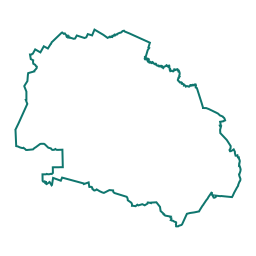 the district of Alsviķu pag., Aluksne, Latvia
{"feature_id": "27541924B42168726179868", "entity_name": "Alsviķu pag.", "entity_type": "district", "adm_level": 2, "iso_a3": "LVA", "parent_name": "Latvia", "parent_adm1": "Aluksne", "projection": "orthographic", "projection_center": [26.89, 57.426], "detail": "fine", "context": "isolated", "style": "outline", "palette": "teal", "viewbox_px": 256, "rotation_deg": 0, "n_neighbors": 0, "source": "geoboundaries", "source_scale": "gbopen_adm2", "svg_char_len": 5617}
<svg xmlns="http://www.w3.org/2000/svg" viewBox="0 0 256 256"><path d="M149.9,42.7L129.1,33.3L124.7,31.5L124.0,30.7L122.5,31.1L121.8,31.9L120.7,32.7L119.7,32.8L117.7,33.7L117.2,34.0L117.4,34.1L117.2,34.4L116.8,34.4L116.3,34.7L115.8,34.6L115.2,34.9L115.2,35.2L114.9,35.6L114.6,35.6L113.7,35.7L113.7,35.4L113.3,35.8L112.6,35.8L112.6,36.2L112.2,36.3L112.2,36.5L111.8,36.4L111.5,36.6L111.6,36.9L111.1,36.8L111.2,37.0L110.8,37.0L110.4,36.8L110.2,36.9L110.3,37.2L110.0,37.3L109.4,36.9L107.6,37.9L103.3,34.8L94.5,29.6L92.1,35.4L87.8,34.1L86.3,37.3L84.5,38.0L76.8,35.5L75.1,38.5L73.7,38.8L71.3,38.0L69.9,37.8L69.9,37.5L69.1,37.5L68.9,37.4L68.8,36.9L68.2,37.4L68.1,37.1L68.0,35.8L67.9,35.6L67.6,35.7L67.6,36.3L67.3,36.7L66.8,36.9L66.6,36.6L67.1,36.0L65.6,34.5L64.8,33.4L63.7,33.8L62.2,32.5L61.7,32.7L52.1,41.9L51.7,42.2L51.0,43.9L50.7,44.0L47.9,48.5L43.8,46.3L40.4,52.4L35.2,49.4L32.8,53.7L32.0,54.0L31.6,54.5L30.0,54.5L30.8,59.1L33.2,60.3L33.0,61.7L33.3,63.7L35.2,64.8L36.0,66.1L36.8,66.6L36.7,68.0L35.8,69.2L34.2,70.9L34.3,71.4L28.2,73.1L27.9,74.8L27.4,81.1L24.3,86.0L24.3,86.3L26.4,91.6L26.4,99.8L25.8,99.9L27.3,103.9L18.5,123.4L15.4,129.8L15.5,130.0L16.2,146.1L18.0,146.5L19.6,147.3L21.6,147.9L23.1,148.1L23.5,147.8L25.2,149.1L25.9,149.9L26.9,150.0L33.0,149.4L34.6,147.9L35.4,147.5L40.1,144.0L41.0,143.8L43.9,143.8L44.8,144.3L48.3,147.7L50.9,148.4L51.8,149.6L52.5,149.9L54.1,149.8L55.4,149.0L55.9,149.5L57.0,149.9L62.4,149.7L62.8,167.2L52.8,167.3L52.9,172.9L51.8,174.0L50.9,173.8L49.6,174.2L48.0,174.3L46.7,173.9L46.1,174.3L42.5,174.3L42.6,180.8L43.3,181.7L43.7,181.8L44.6,181.4L44.8,181.9L46.0,182.0L46.0,182.4L45.4,183.2L46.6,184.1L49.6,182.0L51.6,185.3L52.0,184.9L53.1,177.9L60.8,180.7L62.1,177.6L83.9,183.5L83.6,183.8L83.8,184.1L88.6,182.4L89.3,186.9L89.8,187.0L90.2,186.8L91.1,186.8L91.8,187.4L92.1,187.4L92.4,189.0L93.4,189.5L93.6,190.2L94.5,190.5L95.8,190.1L96.6,189.4L97.0,189.6L99.6,191.2L102.2,192.4L103.9,192.9L109.4,190.1L113.1,190.4L113.1,191.0L113.3,191.9L114.4,193.0L126.7,196.8L127.4,198.0L127.6,198.7L127.8,200.3L130.9,202.4L131.7,203.3L132.1,204.9L132.0,205.8L133.0,205.8L135.6,206.2L137.3,204.7L138.3,205.4L142.3,204.2L144.7,205.3L147.5,203.6L147.7,202.5L148.6,202.5L151.0,203.1L151.1,202.6L156.4,202.3L160.0,206.9L160.6,211.0L164.0,214.1L163.7,214.4L165.2,215.6L170.7,216.6L170.3,217.2L170.4,217.6L171.4,218.2L171.3,219.4L170.8,220.1L171.9,220.6L173.1,220.8L174.4,221.7L175.3,221.9L176.1,222.3L176.2,223.0L175.9,224.5L176.1,225.3L176.1,226.3L176.6,226.4L178.3,226.3L179.0,225.7L181.4,225.0L182.1,224.3L186.9,213.8L190.0,213.0L194.2,212.4L199.1,211.4L199.5,210.5L202.5,205.7L203.3,204.8L203.4,204.5L206.3,200.2L207.6,198.6L208.4,197.1L211.9,192.0L211.8,192.4L212.0,193.0L211.8,193.4L211.9,193.9L211.9,194.6L211.9,194.8L213.2,195.3L213.0,195.8L212.9,196.2L213.4,196.9L213.6,197.6L213.8,197.7L214.6,197.7L215.9,196.8L216.1,196.4L216.1,196.1L215.7,195.6L220.4,196.2L221.0,196.0L232.0,197.1L232.8,195.7L234.1,192.8L235.2,190.8L237.0,187.5L238.2,185.7L238.1,185.1L239.5,181.5L239.8,181.4L240.4,180.0L240.4,178.7L239.3,175.8L239.1,174.7L239.3,174.7L239.4,173.9L239.7,173.2L240.4,171.1L240.5,170.6L240.5,169.3L240.6,169.2L240.0,167.1L239.5,165.8L239.2,164.7L239.1,164.8L239.2,163.5L239.4,163.5L239.8,161.2L239.6,160.1L239.1,159.0L238.8,157.3L237.9,157.4L237.4,155.3L236.5,155.7L235.6,155.7L234.9,153.2L234.9,151.8L233.7,149.4L232.4,150.3L230.7,151.2L230.0,151.2L229.5,150.0L230.5,148.4L230.7,146.1L226.8,140.0L220.3,133.1L220.1,129.8L221.0,126.4L220.2,126.4L219.8,125.5L220.8,125.2L220.1,121.8L223.1,121.3L223.1,121.2L225.1,120.4L224.7,119.1L224.2,118.0L222.9,116.9L222.8,116.6L221.1,115.8L220.2,115.6L217.9,113.5L208.9,109.1L206.3,108.1L203.0,108.0L203.0,107.6L201.7,103.2L196.9,88.1L195.7,87.5L195.6,86.3L196.0,85.8L195.9,85.1L195.6,84.4L194.5,84.5L194.2,85.0L193.7,85.3L193.3,85.3L193.1,84.9L192.8,84.8L192.3,85.4L191.7,85.7L191.4,85.6L191.1,85.0L190.5,85.0L190.1,85.3L190.1,85.8L190.0,86.0L189.0,86.7L188.5,86.3L187.8,86.3L187.1,86.1L186.9,86.2L186.6,86.1L185.8,86.6L184.9,85.3L184.5,85.2L183.9,85.4L183.9,85.1L184.0,84.8L183.8,84.3L183.0,83.9L182.1,84.0L181.8,83.8L182.1,83.2L181.9,82.7L180.9,82.2L180.3,82.5L179.9,82.5L179.5,82.1L178.9,81.2L178.2,80.7L177.8,80.0L178.0,79.1L178.7,78.2L178.5,77.9L178.5,77.5L179.4,76.9L179.7,76.5L179.2,75.8L179.7,73.9L179.5,72.2L178.6,71.7L178.9,71.1L178.9,70.7L178.7,70.4L177.6,70.3L177.5,70.1L177.7,69.5L177.5,69.2L176.1,69.5L175.7,69.7L175.5,70.0L175.1,70.1L174.8,69.9L174.5,69.3L174.2,69.3L174.0,70.3L173.4,71.3L173.1,71.4L172.3,71.1L171.8,70.6L170.8,71.1L170.3,71.2L169.7,69.8L170.1,69.4L170.1,68.7L169.4,68.0L169.3,67.3L169.1,67.2L168.4,67.1L168.3,66.9L168.7,66.2L169.3,65.9L169.2,65.6L167.1,66.0L166.8,65.4L166.5,65.2L165.7,66.1L165.1,66.3L163.9,67.0L163.5,67.5L163.4,67.9L163.3,68.0L162.9,67.3L162.2,67.1L162.2,66.9L162.2,66.3L161.7,66.4L161.6,66.8L161.4,66.6L161.6,66.2L161.3,65.8L161.0,65.8L160.9,66.1L160.2,66.5L159.9,66.3L159.3,66.4L159.1,65.8L158.7,65.6L158.4,65.9L157.9,65.5L157.3,65.7L156.1,64.8L156.0,64.6L156.1,64.0L155.8,63.7L155.1,64.2L154.7,64.2L153.9,63.6L153.3,62.7L152.5,62.2L152.4,62.0L152.0,62.1L151.8,63.1L151.4,63.1L150.6,62.6L150.3,62.4L150.1,61.8L149.8,61.8L149.6,62.4L149.3,62.6L148.5,61.7L148.0,61.7L147.8,61.4L148.1,60.8L148.1,60.2L148.8,60.2L148.9,59.9L148.8,59.3L148.2,59.3L147.9,58.9L147.9,58.7L147.6,58.6L147.3,58.7L147.3,58.8L147.5,59.1L147.0,59.6L146.4,58.6L146.5,58.3L146.3,58.2L145.8,58.7L145.9,59.4L145.0,59.3L144.9,59.1L145.0,58.8L144.8,58.6L145.0,58.3L144.9,58.0L145.1,57.8L145.0,57.5L145.1,57.1L145.0,56.8L145.5,56.5L145.8,56.6L147.7,50.1L149.2,48.0L148.4,47.5L149.9,42.7Z" fill="none" stroke="#0f766e" stroke-width="2"/></svg>